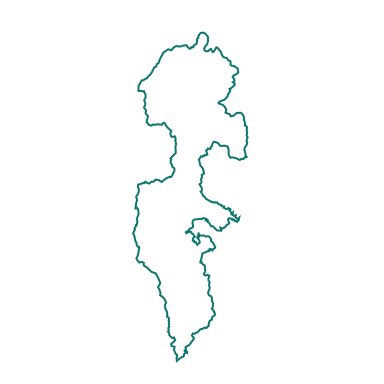 the district of Van Chan, Yên Bái, Vietnam, rotated 236°
{"feature_id": "81297802B1430654702420", "entity_name": "Van Chan", "entity_type": "district", "adm_level": 2, "iso_a3": "VNM", "parent_name": "Vietnam", "parent_adm1": "Yên Bái", "projection": "mercator", "projection_center": [104.568, 21.57], "detail": "fine", "context": "isolated", "style": "outline", "palette": "teal", "viewbox_px": 384, "rotation_deg": 236, "n_neighbors": 0, "source": "geoboundaries", "source_scale": "gbopen_adm2", "svg_char_len": 6062}
<svg xmlns="http://www.w3.org/2000/svg" viewBox="0 0 384 384"><g transform="rotate(236 192 192)"><path d="M305.8,204.1L302.4,208.6L301.4,208.0L299.3,208.2L296.4,206.5L294.7,203.6L292.2,203.1L290.6,202.2L288.8,199.4L285.5,199.6L284.6,199.0L284.2,198.2L283.2,197.6L279.4,197.9L275.7,193.7L275.0,193.4L273.9,193.8L271.7,193.8L269.8,195.5L269.7,197.4L268.2,199.2L267.8,200.8L264.6,204.6L265.3,206.4L265.1,207.5L263.7,208.0L262.2,207.5L259.0,207.8L254.2,209.0L252.6,206.7L250.4,205.9L248.7,206.3L247.7,208.9L245.4,208.3L243.9,206.9L240.7,205.7L238.8,203.6L233.5,200.4L231.9,193.0L230.2,192.8L229.6,191.5L227.4,190.5L225.7,190.7L224.1,189.8L222.9,189.9L222.2,190.6L220.8,190.4L219.2,189.0L216.5,184.2L216.2,182.7L217.2,181.8L217.7,178.5L217.3,172.4L220.2,171.3L222.6,168.8L222.0,165.9L223.2,164.3L222.9,161.3L224.8,159.7L226.6,159.1L226.1,157.3L227.0,156.5L227.1,154.8L228.2,151.5L226.6,150.0L224.2,149.6L222.5,148.4L220.4,145.9L219.5,143.2L215.9,141.9L214.0,139.4L210.0,135.9L209.4,136.8L210.4,137.4L209.3,137.7L207.4,137.5L203.7,135.5L200.3,130.9L198.2,130.4L196.8,128.8L196.0,128.4L196.0,127.0L195.0,126.7L194.5,124.7L193.5,123.7L192.8,123.7L190.7,120.0L188.4,119.9L183.2,117.7L181.0,117.6L179.1,116.5L176.8,116.5L176.2,117.4L175.8,117.5L170.0,112.0L168.0,108.8L167.3,108.6L163.1,108.7L162.7,109.3L162.6,110.8L160.3,112.5L159.4,111.6L157.7,111.0L154.5,112.5L148.6,113.7L144.7,116.4L139.3,115.9L134.9,114.9L133.9,114.4L132.1,110.6L129.5,110.5L125.9,109.4L124.2,107.8L121.8,108.9L118.5,109.4L115.3,108.8L114.5,108.3L113.2,106.1L110.2,104.7L106.7,104.3L103.6,102.6L102.6,101.6L101.0,102.4L99.0,101.6L98.5,100.8L97.5,100.6L97.3,100.0L95.6,99.4L95.3,98.7L93.1,97.9L92.5,96.3L90.4,95.5L89.7,94.0L88.6,94.5L85.8,93.1L82.0,94.0L81.5,94.5L81.5,95.7L78.5,95.2L77.5,89.6L75.7,89.0L73.4,91.0L71.1,88.7L66.3,88.0L65.5,88.6L64.6,88.2L62.9,86.3L60.5,85.0L60.9,90.0L60.4,92.9L60.6,93.7L61.9,94.6L62.3,96.0L62.2,97.1L61.3,97.8L61.9,98.5L63.1,98.5L64.0,97.2L64.6,97.1L65.0,99.0L66.9,99.7L66.8,104.5L69.3,111.5L69.7,111.8L73.1,111.6L74.2,113.8L73.1,114.9L72.7,118.5L73.5,122.3L72.6,124.6L72.7,126.5L71.6,127.2L71.2,128.4L71.7,129.4L71.4,130.6L73.9,132.7L75.3,134.6L75.1,137.1L76.9,138.5L77.2,142.0L78.2,142.9L80.0,143.5L80.5,143.1L81.5,143.3L82.4,143.8L84.0,143.1L85.4,145.3L88.0,147.2L91.1,147.8L93.1,149.4L94.9,149.5L96.7,148.4L98.6,148.6L100.0,149.4L101.4,151.8L102.7,153.1L105.4,154.1L107.4,156.2L109.4,156.2L110.7,156.9L113.0,159.6L114.6,158.3L115.1,156.8L116.0,155.9L117.6,156.1L117.9,157.2L119.6,159.3L122.3,160.4L123.6,161.4L124.3,161.5L125.2,160.7L126.2,160.5L128.0,160.8L128.7,159.5L129.2,159.6L132.5,163.6L135.2,166.2L134.1,171.8L133.4,173.3L133.6,174.9L134.7,174.4L134.5,175.4L133.4,176.3L132.2,176.4L132.8,177.6L132.9,180.2L133.7,180.5L138.4,181.1L140.9,180.3L142.3,181.5L145.5,181.3L146.6,180.2L147.2,178.7L149.2,177.6L151.9,173.7L154.8,174.7L152.5,173.1L152.4,172.1L150.9,172.5L150.9,170.8L148.1,171.1L145.8,170.2L145.3,166.9L148.4,167.1L149.0,165.9L150.2,166.4L150.4,165.8L151.4,165.5L153.2,167.3L153.2,169.3L156.7,169.3L157.7,168.6L159.2,169.0L160.4,168.2L160.3,167.1L161.2,165.9L160.9,164.4L162.1,164.4L162.0,167.3L162.9,169.9L162.2,171.4L162.4,173.1L163.3,174.1L165.3,174.7L167.4,176.1L167.8,177.2L167.7,178.8L165.0,183.9L164.2,184.8L164.1,186.8L161.9,188.8L161.3,188.9L161.4,188.0L160.8,187.5L160.0,189.3L159.5,189.2L159.2,188.3L158.7,188.1L157.0,189.0L152.8,188.7L152.0,190.1L146.2,191.2L144.1,194.0L143.6,194.3L143.9,195.1L146.5,195.7L144.8,196.9L144.4,198.4L144.5,200.2L145.3,202.2L145.0,203.7L145.3,205.4L149.1,206.5L149.6,207.8L147.5,210.2L147.1,210.4L146.3,209.9L145.7,211.3L143.8,211.2L143.1,212.5L142.0,212.8L142.8,215.6L143.8,215.8L144.3,216.5L144.2,215.2L145.1,214.0L147.2,214.2L148.3,215.3L148.5,214.7L148.0,213.8L151.0,212.5L150.9,213.3L152.1,214.4L151.9,213.0L154.0,212.9L156.1,212.9L156.0,214.1L156.4,214.3L158.4,213.1L158.2,211.3L159.3,210.5L161.2,209.5L162.0,210.5L163.7,208.7L164.9,209.1L167.3,207.0L169.2,207.2L169.8,205.9L170.6,205.5L170.7,204.7L172.2,203.1L172.9,203.1L173.1,202.4L178.5,199.8L181.3,199.7L182.7,199.0L184.2,199.5L187.4,199.4L187.4,200.6L189.1,202.0L191.2,202.5L194.2,202.5L194.3,204.3L195.0,205.5L197.6,206.6L198.5,208.5L200.9,209.8L200.4,211.3L200.7,212.4L205.7,214.2L209.4,213.7L215.1,216.0L216.5,219.5L215.6,220.1L215.8,220.8L215.1,221.7L215.7,222.8L214.8,223.8L214.4,225.6L218.5,226.9L218.4,228.2L219.2,229.3L217.4,231.3L218.6,232.5L219.0,234.3L220.8,236.3L221.5,238.3L218.2,240.9L214.7,241.2L213.3,242.7L212.4,244.8L210.8,245.9L210.0,247.0L206.8,246.1L202.4,243.3L199.2,243.0L198.7,243.4L198.4,244.6L195.6,247.3L191.8,249.5L191.9,251.2L190.6,252.9L191.1,254.4L190.6,256.9L192.2,256.6L193.3,257.5L198.0,259.2L199.1,260.3L200.8,264.1L202.4,265.6L203.9,265.7L206.3,268.7L208.1,268.8L211.4,271.7L212.9,271.8L214.5,273.7L216.2,273.9L217.6,273.0L219.2,274.5L222.4,275.3L225.1,276.9L228.0,277.4L230.5,276.7L232.5,273.2L232.0,269.3L233.0,266.4L235.0,266.8L235.8,266.5L238.9,264.1L241.2,266.6L245.4,266.7L247.1,266.2L250.6,263.6L251.2,263.9L251.5,265.5L250.4,270.4L251.1,274.5L253.0,276.7L253.7,278.8L254.9,280.6L256.5,280.8L256.1,282.1L256.9,287.3L258.1,288.0L260.2,287.2L260.3,289.4L262.2,290.1L264.7,290.0L265.4,291.8L264.9,292.6L265.1,297.1L269.1,299.0L271.5,297.7L272.7,297.5L274.4,295.6L275.9,295.0L278.3,296.8L279.2,296.9L280.9,295.7L283.7,295.8L285.9,293.6L288.2,293.4L292.7,294.3L297.3,293.8L298.1,293.4L298.2,292.6L297.0,290.6L296.1,287.8L297.0,287.3L300.0,287.7L300.2,286.4L299.7,284.3L301.0,282.1L302.5,281.7L303.9,282.0L305.4,284.4L305.9,287.0L308.2,289.7L311.8,292.0L315.0,291.7L317.6,290.8L319.0,288.2L318.6,286.4L317.2,283.8L316.1,283.3L316.1,281.9L312.3,278.9L312.5,275.1L311.3,274.2L311.4,273.5L312.4,272.5L311.8,271.2L311.9,270.5L312.8,269.8L314.8,269.4L316.7,269.6L318.3,266.7L318.6,264.8L320.1,262.2L321.8,260.7L322.0,257.5L321.1,254.4L321.3,253.7L323.3,252.5L323.6,251.7L323.6,246.3L320.1,239.7L317.6,236.4L317.6,234.3L316.1,232.5L316.4,230.3L313.6,225.5L312.5,222.5L312.6,220.9L311.5,218.3L312.0,215.8L311.8,214.2L312.7,212.7L309.8,207.1L305.8,204.1Z" fill="none" stroke="#0f766e" stroke-width="2"/></g></svg>